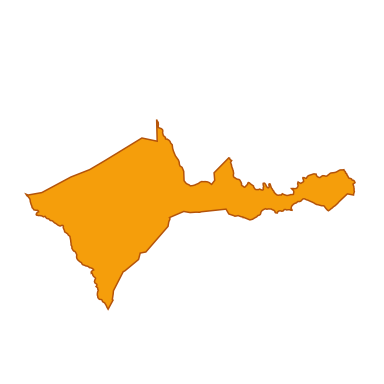 the district of San Ildefonso Sola, Oaxaca, Mexico, rotated 242°
{"feature_id": "50627088B40141322880510", "entity_name": "San Ildefonso Sola", "entity_type": "district", "adm_level": 2, "iso_a3": "MEX", "parent_name": "Mexico", "parent_adm1": "Oaxaca", "projection": "albers", "projection_center": [-96.966, 16.576], "detail": "fine", "context": "isolated", "style": "filled", "palette": "amber", "viewbox_px": 384, "rotation_deg": 242, "n_neighbors": 0, "source": "geoboundaries", "source_scale": "gbopen_adm2", "svg_char_len": 6015}
<svg xmlns="http://www.w3.org/2000/svg" viewBox="0 0 384 384"><g transform="rotate(242 192 192)"><path d="M272.6,194.8L253.2,185.1L263.2,173.1L260.6,130.1L259.8,112.2L262.1,92.1L262.0,59.1L266.3,45.8L268.0,44.4L266.2,44.5L265.0,45.1L262.7,45.5L261.6,45.5L260.6,45.2L259.4,44.7L256.4,44.1L254.9,44.0L253.2,43.5L252.4,43.8L250.3,44.1L249.8,44.9L249.4,45.3L249.0,45.9L248.8,46.4L248.3,47.1L247.8,47.3L247.3,47.4L246.5,47.3L246.6,46.2L246.6,45.7L246.2,45.0L245.8,44.7L245.8,44.3L245.5,44.0L245.0,43.8L244.4,44.0L244.0,44.6L243.3,45.3L243.0,46.0L242.6,46.6L241.5,48.1L239.8,49.2L239.5,50.8L237.7,51.1L236.8,51.4L236.2,52.0L235.8,52.7L235.2,53.0L233.4,53.5L232.3,55.0L231.6,55.4L230.0,55.9L229.2,56.2L228.1,57.0L225.5,58.2L223.9,59.5L223.8,60.0L223.7,61.3L223.5,61.8L223.1,62.3L222.6,62.4L222.0,62.3L221.5,61.8L220.6,61.5L219.3,61.4L217.9,61.3L216.7,60.9L216.0,61.1L215.4,61.6L214.4,62.0L213.6,62.5L211.8,62.6L210.6,63.3L209.7,63.3L209.1,63.0L207.9,62.7L206.0,62.1L205.2,61.7L204.3,61.4L203.4,61.1L202.5,60.6L201.7,60.3L200.9,60.4L200.1,60.3L198.6,59.5L197.9,59.6L196.6,59.6L195.3,59.9L194.8,60.5L194.1,60.8L192.6,60.9L190.7,60.8L189.2,59.8L188.4,59.4L187.5,59.2L186.0,59.2L185.4,59.4L183.4,60.1L181.5,61.2L180.2,61.1L179.1,61.4L177.5,62.9L176.7,63.4L175.6,64.8L174.6,65.6L173.4,65.9L173.0,66.6L171.3,68.1L170.4,68.5L169.4,68.6L169.4,67.4L169.1,66.2L168.7,65.4L167.9,65.1L168.1,65.6L166.1,65.6L165.1,65.4L163.6,65.5L162.3,66.1L161.2,66.4L160.5,65.8L160.2,65.3L159.9,64.8L159.2,64.3L158.9,63.9L157.6,63.6L156.7,63.8L156.4,64.1L155.3,64.6L154.5,64.4L154.0,63.9L153.6,62.9L151.8,63.7L150.2,63.1L149.4,63.2L149.0,62.9L148.7,62.5L148.1,61.8L146.8,60.8L145.4,60.0L144.3,59.9L143.6,59.5L143.2,59.4L142.3,59.4L140.8,59.8L140.5,60.1L139.8,61.2L139.4,61.6L138.7,61.8L137.3,61.6L136.5,61.9L135.2,62.8L131.7,63.0L130.8,62.8L127.9,62.9L133.6,71.5L134.5,71.2L139.1,74.6L141.7,76.3L153.9,93.8L153.9,95.7L157.5,113.1L162.4,117.6L160.7,123.1L172.9,154.7L176.3,157.3L177.0,158.0L177.9,159.2L178.6,159.9L179.3,160.1L180.0,160.1L178.7,175.6L174.7,180.7L172.4,185.9L170.5,189.3L170.2,190.9L160.9,214.0L155.3,214.2L151.5,217.8L150.5,218.5L150.0,219.9L149.5,221.7L148.1,222.9L147.1,223.8L146.1,225.2L145.4,225.1L145.0,226.0L143.8,227.0L140.2,230.0L139.5,232.7L139.7,235.0L139.7,237.4L140.3,239.2L140.0,240.1L140.1,241.7L140.7,242.5L141.6,243.1L142.7,245.0L142.8,245.7L142.8,246.5L142.9,247.4L142.7,249.2L142.0,249.5L141.4,250.7L141.3,251.4L139.8,253.9L138.4,254.8L137.4,255.7L136.4,256.0L135.6,256.1L134.9,255.8L134.2,256.2L133.4,257.5L134.3,258.5L134.4,259.8L134.1,260.9L132.8,262.3L132.5,263.8L133.2,265.2L132.5,266.6L131.7,267.1L131.3,268.4L130.3,270.2L129.5,270.7L128.9,271.7L129.7,272.0L130.8,271.7L131.9,272.5L133.1,274.0L133.1,274.4L133.6,275.8L133.7,277.4L133.4,279.0L133.9,280.9L133.1,282.4L132.8,283.8L133.2,284.6L133.8,287.0L133.1,288.2L131.4,289.4L130.6,290.3L128.0,292.3L126.9,293.2L125.3,294.4L123.8,295.2L122.4,296.2L121.6,297.3L119.1,299.9L118.0,301.8L117.3,302.1L114.6,302.5L113.5,302.8L112.6,303.0L111.4,303.6L111.5,305.1L111.9,306.8L112.0,308.0L112.6,310.2L112.7,311.9L113.6,315.3L114.4,317.3L117.4,328.3L113.5,333.2L114.5,333.9L116.2,335.6L117.7,335.9L118.4,336.5L119.2,336.8L119.7,336.9L121.1,337.5L121.9,337.5L123.4,337.9L123.7,340.3L125.3,340.5L126.5,340.1L126.9,339.4L127.4,339.0L128.5,339.0L129.2,338.6L129.9,337.9L130.2,337.3L130.6,337.1L131.6,337.0L133.2,337.0L134.1,337.0L134.4,336.8L135.4,337.1L135.9,337.1L136.3,336.7L136.6,336.5L137.0,336.6L137.7,336.9L138.7,336.7L139.0,336.5L139.4,336.4L140.4,336.6L140.7,335.6L141.9,333.2L142.0,332.2L141.9,329.1L142.0,328.1L142.4,326.6L143.6,323.5L143.6,322.7L143.4,321.8L142.8,318.5L143.0,317.7L144.0,316.7L145.0,315.2L145.1,314.4L144.7,311.7L145.2,311.0L145.8,310.5L146.8,309.9L147.5,309.7L148.6,309.7L149.5,310.0L150.1,309.1L150.4,308.7L150.7,308.3L151.0,307.4L151.1,306.5L151.7,303.2L151.7,301.9L151.3,300.8L150.4,299.4L150.8,298.7L152.0,297.8L152.6,296.7L151.8,296.2L150.5,296.1L149.0,295.6L148.7,294.8L148.5,292.1L149.4,291.5L150.3,290.7L151.0,290.4L150.5,289.8L149.5,289.0L148.8,289.0L148.1,288.8L147.1,288.0L146.6,287.2L146.2,286.2L146.3,285.4L146.9,283.9L147.6,283.0L148.3,281.5L147.0,281.8L146.5,282.1L145.1,282.2L144.2,281.9L142.3,280.4L142.9,278.8L143.4,277.9L143.5,276.9L144.0,275.0L144.4,274.1L145.6,272.9L146.7,271.9L148.1,270.9L147.4,269.5L147.8,268.9L148.2,268.0L148.7,266.5L149.5,265.7L150.4,265.2L151.2,265.0L152.6,264.5L153.2,264.4L154.2,264.6L155.7,264.2L156.7,264.3L158.4,264.0L161.8,264.6L162.7,264.6L162.9,263.9L162.4,263.3L160.6,262.7L160.1,262.3L159.9,261.9L159.9,261.2L160.4,260.8L160.9,260.6L162.0,260.4L164.1,260.5L165.4,260.3L165.8,260.1L166.1,259.5L166.2,258.9L164.9,258.2L163.0,257.7L162.6,257.1L162.0,256.6L160.9,256.3L160.5,255.4L161.0,254.6L161.7,253.9L162.8,253.2L162.8,252.7L163.0,251.6L164.1,249.6L165.1,249.0L167.3,248.8L168.5,249.1L171.8,247.4L173.1,247.0L173.9,246.2L173.6,245.4L172.9,244.8L172.6,244.3L172.3,243.2L171.9,242.2L171.5,241.1L171.6,240.5L173.3,239.7L174.0,239.2L174.7,239.0L176.2,239.7L177.6,239.9L180.1,239.8L181.1,239.3L181.7,238.4L182.9,237.3L184.1,236.8L184.8,236.2L186.0,235.9L187.5,236.4L188.9,237.5L189.8,237.8L190.7,238.1L191.4,238.4L192.3,238.4L193.3,238.7L195.8,239.0L197.5,239.6L200.0,239.9L200.8,241.2L201.2,241.8L202.0,241.2L203.4,240.8L204.2,241.1L204.9,240.5L198.6,220.5L191.6,217.5L189.5,212.9L190.9,212.2L192.1,211.7L193.6,210.5L194.7,209.0L196.0,206.5L196.7,205.4L196.8,204.0L196.8,203.0L196.5,201.9L196.8,199.1L196.8,198.1L197.1,196.5L197.4,195.4L198.2,193.4L199.5,192.9L201.6,191.3L202.7,190.8L205.7,190.3L214.2,194.4L218.4,194.8L220.7,193.6L222.4,193.9L224.4,194.7L226.5,195.0L231.8,194.3L236.8,194.8L239.6,195.4L243.0,196.7L245.3,196.1L246.3,196.3L247.7,196.2L249.0,195.7L249.7,195.2L250.4,194.9L250.9,193.9L251.4,193.5L252.7,194.2L254.9,193.3L255.9,193.3L258.2,193.9L259.6,194.9L260.7,195.2L261.8,194.9L262.7,194.4L263.9,193.1L265.0,192.7L265.8,192.9L266.6,193.4L267.1,193.9L268.4,194.4L268.8,194.7L269.6,194.8L271.4,194.6L272.6,194.8Z" fill="#f59e0b" stroke="#b45309" stroke-width="1.5"/></g></svg>